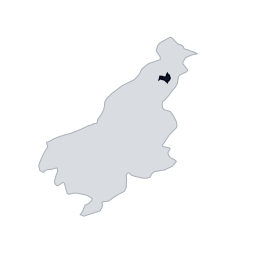 Slovenia, with Ptuj highlighted, rotated 329°
{"feature_id": "SVN-216", "entity_name": "Ptuj", "entity_type": "Municipality", "adm_level": 1, "iso_a3": "SVN", "parent_name": "Slovenia", "parent_adm1": "", "projection": "natural_earth1", "projection_center": [15.87, 46.441], "detail": "fine", "context": "in_parent", "style": "filled", "palette": "ink", "viewbox_px": 256, "rotation_deg": 329, "n_neighbors": 0, "source": "natural_earth", "source_scale": "10m", "svg_char_len": 2164}
<svg xmlns="http://www.w3.org/2000/svg" viewBox="0 0 256 256"><g transform="rotate(329 128 128)"><path d="M225.4,100.0L219.9,98.1L213.3,97.3L212.1,98.3L209.4,99.4L208.1,101.3L209.1,108.7L207.5,110.0L200.0,109.3L197.5,110.1L193.4,115.3L189.3,117.5L183.9,119.1L180.0,121.0L175.0,122.6L170.8,123.6L169.1,125.9L168.1,128.4L168.3,130.8L172.7,135.6L173.2,140.7L172.8,147.0L171.8,150.3L170.1,152.5L159.4,155.4L148.4,160.6L148.1,161.7L153.2,166.3L153.4,167.4L149.2,170.0L148.8,172.6L149.2,175.7L151.5,178.8L152.2,181.6L146.2,183.6L138.0,182.8L128.3,179.0L124.8,179.5L121.5,181.5L118.2,180.7L114.5,178.3L109.3,173.3L106.7,170.2L105.7,167.0L104.3,166.5L102.1,167.5L100.3,171.4L95.4,178.5L91.8,180.4L86.4,180.0L78.8,180.1L74.1,180.7L68.3,178.2L66.9,178.7L66.9,180.3L64.7,182.9L61.1,184.6L44.7,180.8L42.4,177.6L46.2,176.1L51.3,172.0L54.8,172.5L59.1,171.6L61.0,169.9L58.3,164.7L51.6,158.3L48.0,155.9L43.0,154.3L42.2,152.5L45.0,142.5L44.2,141.0L38.5,141.5L37.2,140.5L36.7,138.7L37.1,136.3L41.0,132.4L45.3,128.9L46.5,127.0L46.3,125.5L40.9,123.9L37.6,122.3L35.0,121.8L33.2,122.7L31.9,121.7L30.6,118.8L32.0,114.4L36.9,110.3L42.2,106.7L46.8,104.1L49.5,102.9L50.8,98.4L53.5,98.9L58.9,99.1L64.9,100.1L70.6,101.4L75.5,103.0L85.9,104.7L95.4,105.7L98.2,106.6L100.5,106.5L103.4,107.9L105.1,106.9L106.4,105.0L111.5,102.9L116.3,100.1L119.6,96.5L121.5,93.7L124.8,91.7L128.3,91.1L131.5,90.1L144.9,88.7L158.6,89.8L165.2,87.8L170.6,84.4L178.5,83.4L178.9,83.4L190.8,86.0L191.7,84.5L192.2,83.8L191.9,76.3L195.7,72.8L199.1,71.4L210.9,71.9L212.5,74.2L213.1,77.7L214.2,82.5L216.1,83.9L217.2,85.8L217.0,89.1L219.3,91.6L224.7,98.3L225.4,100.0Z" fill="#d9dde1" stroke="#a8b0b8" stroke-width="1"/><path d="M182.0,100.2L182.4,100.4L183.8,101.4L185.3,103.2L186.2,103.7L186.7,103.8L187.2,103.6L187.5,103.4L187.7,103.1L188.6,102.3L189.9,101.5L189.9,103.2L190.5,103.9L189.9,106.3L189.8,106.8L189.6,107.1L189.4,107.3L187.4,108.4L187.0,108.1L185.3,109.1L185.4,108.7L184.9,108.4L184.7,108.2L184.6,107.8L184.6,107.4L184.7,107.2L184.6,106.7L183.9,105.5L182.1,103.6L181.3,102.6L181.1,102.5L180.7,102.4L179.8,102.5L180.7,101.6L181.4,101.1L182.0,100.2Z" fill="#0f172a" stroke="#020617" stroke-width="1.5"/></g></svg>